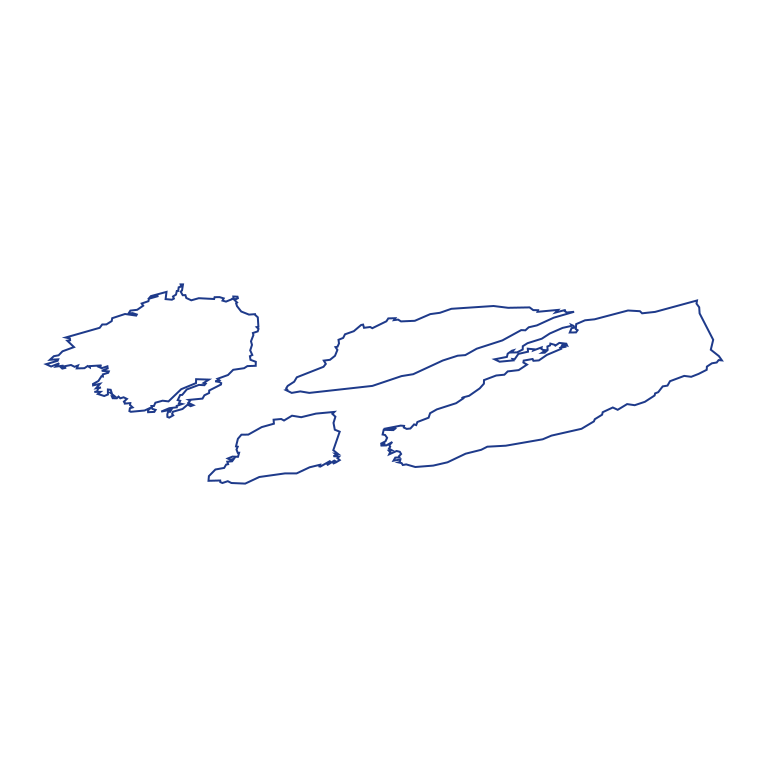 Nesna nor, Nordland, Norway (Robinson projection)
{"feature_id": "86288312B50581402621032", "entity_name": "Nesna nor", "entity_type": "district", "adm_level": 2, "iso_a3": "NOR", "parent_name": "Norway", "parent_adm1": "Nordland", "projection": "robinson", "projection_center": [12.999, 66.233], "detail": "fine", "context": "isolated", "style": "outline", "palette": "blue", "viewbox_px": 768, "rotation_deg": 0, "n_neighbors": 0, "source": "geoboundaries", "source_scale": "gbopen_adm2", "svg_char_len": 6091}
<svg xmlns="http://www.w3.org/2000/svg" viewBox="0 0 768 768"><path d="M721.9,360.4L718.9,356.1L710.8,349.7L713.2,339.8L699.6,313.4L699.2,307.3L696.5,303.6L697.0,300.5L655.1,311.9L642.1,313.3L639.9,311.2L628.0,310.5L594.6,319.3L585.0,320.3L576.2,324.1L575.8,329.1L577.6,330.2L576.0,332.4L569.8,332.5L571.6,328.1L574.3,327.7L573.6,325.9L571.4,324.9L571.9,325.8L562.6,327.9L549.8,333.5L541.8,338.7L527.5,343.2L522.8,346.2L522.7,349.5L517.0,352.4L511.5,352.5L513.4,350.3L512.0,350.7L507.7,353.7L506.9,356.9L494.6,359.3L499.6,361.7L513.3,360.4L512.5,359.0L514.6,359.3L518.4,353.9L528.0,351.7L527.8,348.7L534.1,349.3L533.5,350.4L541.6,347.4L541.3,348.8L543.1,350.0L545.9,350.2L541.9,352.8L544.7,352.7L547.6,350.1L547.4,346.5L550.1,345.4L550.4,343.6L555.3,345.0L554.7,346.1L559.3,342.9L566.3,343.7L567.1,345.5L562.8,344.1L561.6,346.3L566.4,346.6L560.3,347.8L561.0,348.9L546.9,354.9L538.9,360.4L533.4,360.8L532.6,359.0L523.7,360.6L523.4,362.5L527.0,364.6L518.7,370.1L507.7,371.4L504.4,374.7L496.2,375.5L484.0,380.1L483.9,383.7L479.7,388.4L469.1,395.8L463.0,397.4L461.6,398.3L464.2,397.8L456.1,403.2L436.8,409.4L430.1,413.2L428.6,417.7L417.4,422.0L416.2,425.1L414.1,424.4L410.4,428.5L406.7,428.9L403.8,427.5L404.1,425.9L400.7,425.6L385.9,428.5L387.8,429.5L396.2,427.8L393.3,430.1L383.7,429.8L382.6,434.5L385.1,435.0L387.1,437.8L385.5,441.3L380.5,443.9L385.2,443.5L380.6,445.6L386.4,445.4L392.3,442.0L389.3,445.2L390.2,446.7L389.0,448.6L391.9,450.3L388.8,450.6L390.2,452.1L389.2,454.3L396.6,451.0L399.8,451.8L401.1,454.0L399.0,456.2L399.5,457.4L395.3,457.6L393.5,460.7L400.4,459.5L399.8,462.0L398.5,462.4L401.6,463.1L402.8,465.0L406.2,464.4L415.3,467.0L433.2,465.6L447.5,462.3L465.6,453.7L481.2,449.8L487.3,446.7L505.8,445.7L542.7,439.3L551.5,435.6L581.5,428.8L593.9,421.4L594.8,419.2L602.1,414.7L602.7,412.2L612.8,407.5L617.7,409.8L627.1,404.1L634.7,405.2L644.9,401.8L654.6,395.5L655.1,393.4L658.2,392.2L662.7,386.4L667.5,385.6L670.0,381.2L684.2,375.9L691.2,376.8L698.6,373.9L706.7,369.8L706.9,366.6L711.9,363.3L716.7,362.5L718.6,360.1L721.9,360.4ZM183.0,284.4L180.6,284.4L181.1,286.6L178.7,287.3L178.2,290.9L176.8,291.0L176.0,294.6L173.0,296.5L173.9,298.6L171.9,299.7L165.6,299.1L166.5,291.9L150.9,296.1L149.6,297.6L158.5,296.0L149.0,298.7L148.4,301.2L141.7,303.5L143.2,305.7L137.2,309.8L130.4,310.6L128.5,313.5L132.6,313.1L136.8,314.5L136.2,315.6L125.0,314.0L112.2,318.2L111.7,321.1L106.4,324.4L102.2,324.5L99.7,327.8L65.7,337.5L69.9,338.5L70.1,340.3L67.3,340.7L74.0,347.1L62.5,351.3L58.6,355.3L53.8,356.2L49.9,359.8L58.2,359.3L57.6,360.8L46.1,364.2L51.1,366.5L59.2,363.3L55.9,366.6L62.8,365.7L63.5,366.8L60.8,367.2L62.3,368.6L65.3,367.9L64.9,366.2L71.0,365.0L74.6,366.8L78.0,365.5L76.8,368.4L84.4,368.2L87.7,366.0L89.9,367.4L89.8,366.1L101.5,365.4L98.8,366.9L101.7,368.2L107.4,366.3L107.7,368.4L101.8,370.8L108.8,371.4L108.2,372.8L102.8,374.4L102.9,376.5L101.5,376.2L98.4,381.0L93.0,384.0L93.1,385.4L100.0,383.8L96.1,388.2L100.9,387.4L98.2,388.5L97.0,391.5L94.3,391.9L100.5,391.9L97.9,394.0L104.2,396.0L107.9,394.5L107.9,389.5L110.7,389.8L111.6,392.6L110.2,392.7L114.6,396.2L111.8,396.2L112.7,398.2L116.8,398.3L118.5,396.6L120.3,398.3L123.6,397.3L126.9,398.9L123.3,402.2L124.6,401.8L124.8,403.6L130.3,403.1L130.0,405.0L132.6,407.4L129.9,408.2L129.4,411.1L130.8,411.8L144.6,410.5L151.3,407.4L148.0,410.4L148.1,412.2L154.3,411.9L155.6,409.9L152.4,408.9L151.5,406.0L153.9,406.0L155.4,402.7L162.6,400.7L168.5,401.4L181.2,389.2L196.0,383.1L196.1,379.2L208.9,379.6L203.6,383.0L205.7,383.7L204.4,385.2L198.9,384.9L186.7,389.5L182.2,394.9L180.2,395.0L177.7,400.1L180.2,400.8L179.0,403.3L182.1,404.0L176.7,405.9L176.8,407.3L169.3,408.2L161.2,411.6L171.4,409.6L170.2,411.8L168.1,411.8L167.3,414.4L167.4,416.9L169.2,417.6L173.2,415.3L172.1,413.9L173.0,411.7L182.5,409.0L187.7,404.6L190.6,406.2L193.3,405.2L188.3,402.8L190.2,400.6L188.8,399.9L202.5,398.6L204.4,395.3L209.1,393.0L209.2,390.5L221.0,384.5L221.2,383.1L219.4,382.0L215.2,381.3L219.3,380.2L217.5,378.8L228.0,375.0L233.2,369.8L244.1,368.2L247.4,366.1L255.7,365.8L255.8,361.8L250.5,359.8L249.9,356.2L252.3,355.0L250.2,350.4L252.0,344.9L251.0,341.3L253.4,335.1L252.9,333.0L257.7,331.4L258.5,328.9L256.7,327.1L258.4,326.7L257.8,317.3L254.8,314.6L255.9,314.1L249.0,314.6L241.2,311.5L237.0,306.1L236.1,303.3L237.1,302.5L233.5,299.0L236.2,299.1L237.9,298.2L237.5,296.7L233.3,296.5L233.4,298.6L226.0,301.6L222.5,300.6L223.7,298.4L219.5,297.1L214.6,297.2L214.1,299.0L198.8,298.2L191.3,300.3L186.3,298.0L185.4,295.1L182.7,295.2L180.7,291.6L182.0,290.5L183.0,284.4ZM493.5,306.0L451.4,308.8L439.9,312.8L430.3,314.1L414.8,320.8L401.0,321.4L398.1,319.6L394.0,320.1L395.3,318.2L388.3,318.4L386.4,321.3L372.3,328.2L370.2,327.0L364.0,327.8L363.1,324.6L361.1,325.0L353.8,331.2L345.0,334.3L343.2,337.9L338.5,339.8L339.0,343.4L337.5,346.7L335.5,347.1L337.4,349.9L335.0,355.8L330.0,359.8L323.8,360.6L325.8,363.9L323.5,366.8L296.8,377.3L294.2,381.7L287.7,385.9L286.2,388.3L287.1,389.5L285.8,390.0L291.7,392.9L300.3,391.4L309.3,392.9L372.4,385.9L401.5,376.1L413.2,374.2L442.8,360.5L457.7,355.7L465.3,355.1L476.7,348.7L502.4,340.4L521.2,330.1L525.4,330.3L528.7,327.3L536.9,325.4L553.7,317.7L574.1,311.8L566.8,312.5L564.4,310.9L565.7,310.1L564.4,310.2L555.5,312.5L558.1,309.9L537.5,311.8L538.0,310.2L533.2,310.1L529.6,307.4L508.1,307.8L493.5,306.0ZM334.4,411.9L316.0,413.6L301.2,417.2L292.0,415.7L284.0,420.5L281.2,419.0L273.6,419.7L273.9,423.7L261.7,427.1L248.3,434.6L241.4,434.7L237.9,438.8L236.0,446.4L237.7,446.7L236.5,449.6L237.8,452.9L239.1,452.8L238.0,456.8L232.5,456.6L227.8,458.5L230.6,459.9L234.0,458.7L232.1,461.3L227.3,461.7L228.1,464.2L226.1,464.6L224.2,467.9L215.4,469.5L208.9,476.1L208.5,480.8L220.2,480.5L220.3,482.1L222.4,483.0L227.8,481.2L231.4,483.0L245.2,483.6L259.3,477.0L285.0,473.4L296.6,473.4L309.6,467.3L320.3,464.7L320.1,466.3L318.5,466.2L320.3,466.6L330.5,460.8L327.0,465.2L334.3,460.6L335.4,461.2L332.8,463.7L335.9,462.4L339.7,460.1L337.5,458.2L339.1,456.5L333.4,456.2L336.6,454.9L335.1,453.7L337.9,453.9L333.3,450.2L339.7,431.7L334.8,429.7L333.5,422.9L335.4,416.7L332.4,413.9L334.4,411.9Z" fill="none" stroke="#1e3a8a" stroke-width="2"/></svg>